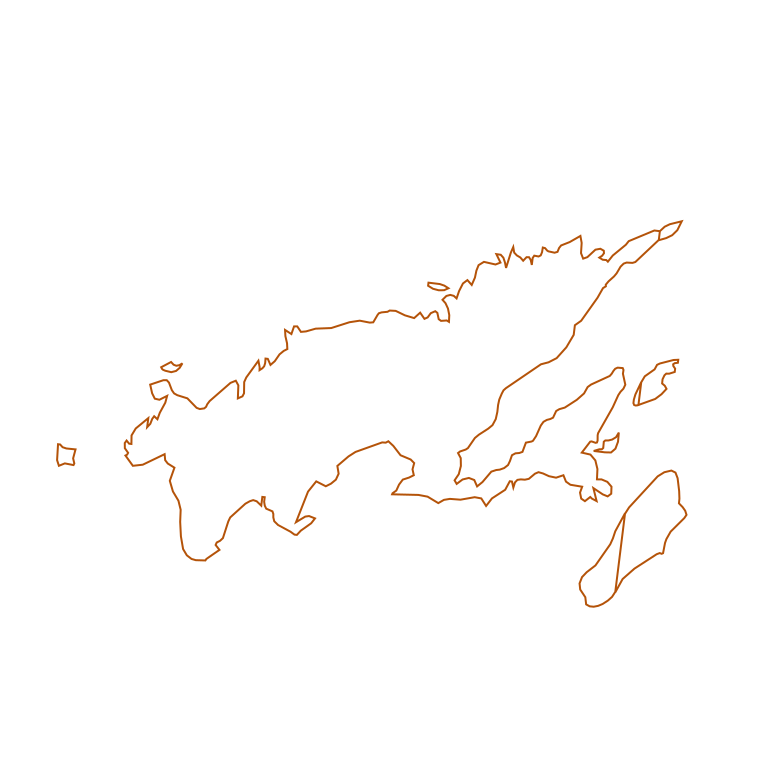 SVG path tracing the border of Northern, rotated 7°
{"feature_id": "FJI-2619", "entity_name": "Northern", "entity_type": "Division", "adm_level": 1, "iso_a3": "FJI", "parent_name": "Fiji", "parent_adm1": "", "projection": "equal_earth", "projection_center": [179.45, -16.564], "detail": "fine", "context": "isolated", "style": "outline", "palette": "amber", "viewbox_px": 768, "rotation_deg": 7, "n_neighbors": 0, "source": "natural_earth", "source_scale": "10m", "svg_char_len": 6161}
<svg xmlns="http://www.w3.org/2000/svg" viewBox="0 0 768 768"><g transform="rotate(7 384 384)"><path d="M639.2,207.5L618.6,232.3L615.9,233.5L610.0,233.9L607.2,235.3L604.5,238.7L601.4,245.8L599.2,249.2L594.4,254.7L592.0,258.4L592.3,260.0L589.7,262.1L585.4,272.4L572.0,297.2L566.3,302.4L566.3,312.1L560.5,325.4L552.2,337.3L544.7,342.4L537.4,345.3L505.5,373.3L503.4,375.7L502.1,379.1L500.3,385.4L499.8,390.9L499.9,397.9L499.2,405.2L496.7,411.6L492.9,415.6L484.4,422.7L480.8,426.5L475.1,437.4L473.1,439.1L467.7,441.7L465.9,443.5L469.2,448.2L470.3,456.0L469.2,464.4L465.8,471.0L468.3,474.3L473.6,469.2L479.7,466.9L485.3,468.3L488.9,474.3L493.7,469.3L501.2,457.9L505.9,455.7L509.3,454.9L513.5,452.8L517.0,449.3L518.4,445.1L519.7,439.1L522.9,436.8L526.7,436.0L529.7,434.5L532.0,424.9L537.5,423.1L538.8,422.2L541.3,417.2L544.7,406.1L546.9,402.1L550.0,399.8L553.3,398.5L555.9,396.8L558.2,389.8L561.1,387.6L566.3,385.4L577.3,376.2L583.7,369.0L586.5,362.2L589.6,359.3L607.1,348.5L608.8,346.0L610.1,343.1L611.6,340.7L613.9,339.3L619.0,339.1L620.0,340.9L619.9,344.7L623.6,355.3L622.2,359.5L619.7,362.9L617.9,366.5L613.9,379.2L602.5,406.7L602.3,408.8L602.9,414.1L602.5,416.1L601.2,416.6L597.1,415.7L595.7,416.1L588.7,428.0L597.5,428.9L603.1,434.1L606.2,442.4L607.0,452.7L611.6,452.2L617.6,453.9L622.3,458.2L622.9,465.2L619.7,468.3L614.6,466.9L604.5,461.8L609.3,474.3L604.3,472.4L602.5,471.0L597.7,475.8L593.7,473.7L591.8,467.9L593.2,461.8L581.3,461.3L576.5,458.7L573.2,452.7L566.2,456.0L559.0,455.4L552.7,453.4L548.1,452.7L544.8,454.6L539.3,460.5L535.5,461.8L531.4,462.0L528.1,462.9L526.0,465.7L525.0,471.0L522.9,465.2L520.7,465.2L517.2,474.2L505.1,484.4L500.2,492.6L494.5,485.7L487.8,485.3L474.0,489.5L463.4,490.0L457.6,491.7L452.4,495.6L441.0,490.5L431.7,489.9L405.5,492.5L405.8,491.4L409.2,488.3L411.2,482.0L414.3,476.6L420.3,473.8L424.7,470.9L422.7,465.2L423.6,458.8L419.7,455.7L409.1,452.7L400.8,444.3L395.3,440.3L392.9,442.0L389.3,442.2L364.0,454.9L357.6,460.2L347.7,471.0L349.9,478.6L347.9,484.8L343.5,489.4L338.7,492.6L328.6,488.9L321.7,500.1L313.5,531.9L322.0,525.2L325.7,524.2L331.9,525.8L328.7,531.1L319.3,539.7L315.9,544.4L313.5,544.4L309.2,542.0L296.1,536.9L291.8,533.6L290.4,529.9L290.0,526.5L288.8,524.0L282.3,522.1L280.5,519.3L279.4,515.5L279.4,510.9L277.0,510.9L277.0,519.7L271.9,515.9L268.3,515.2L265.1,516.7L261.0,519.7L247.6,535.2L246.2,539.4L242.9,556.6L240.4,559.6L237.3,561.7L236.5,564.3L240.9,568.7L229.1,579.2L228.2,580.9L218.7,581.8L214.3,581.1L209.2,578.1L204.7,572.3L201.0,560.0L198.5,545.7L197.5,533.6L194.2,524.9L187.6,516.4L183.2,506.2L186.2,492.6L179.1,489.3L176.1,486.3L174.8,480.4L154.4,493.5L144.7,495.8L136.1,486.5L137.6,485.5L138.4,483.5L134.6,479.3L133.9,474.2L135.4,471.5L138.3,474.3L140.6,474.3L139.7,465.8L143.0,458.4L154.2,446.6L154.2,455.7L156.9,452.0L158.2,446.9L159.8,444.0L163.4,446.6L165.0,439.8L169.2,429.2L170.2,422.2L163.0,427.0L158.3,426.5L155.0,421.5L152.0,413.1L164.6,407.1L167.9,406.7L170.4,408.8L174.2,416.0L176.8,418.9L180.2,420.3L190.6,422.2L200.9,430.5L204.2,431.3L208.6,430.1L210.2,428.3L211.0,425.7L213.0,422.2L231.5,401.6L236.5,398.8L239.6,403.1L240.7,416.1L245.0,413.5L246.2,410.3L245.0,399.1L246.5,394.3L256.5,376.2L258.5,382.4L258.8,385.4L261.4,383.2L262.9,381.0L263.5,377.8L263.3,373.2L265.6,373.2L269.0,378.9L272.8,374.7L276.7,367.3L280.4,363.4L283.8,361.1L282.8,355.4L280.3,348.5L279.2,342.4L286.0,345.7L287.7,337.8L290.9,337.4L295.2,342.4L300.2,341.3L309.4,337.4L324.8,334.9L342.2,326.9L352.2,324.1L362.4,324.8L365.8,324.1L369.2,316.2L370.3,314.4L372.9,313.2L378.7,311.9L380.7,310.4L386.7,310.0L396.4,313.3L405.9,314.9L411.2,308.8L416.2,314.4L419.2,312.6L421.8,308.0L426.0,305.5L428.3,306.9L430.4,313.0L432.9,314.4L438.5,313.3L440.9,314.4L440.4,307.7L438.3,301.3L435.2,296.3L431.8,293.3L435.2,289.0L438.9,287.5L442.5,288.0L445.6,290.2L447.2,282.6L450.1,274.6L454.1,270.7L459.0,275.0L461.3,267.3L461.9,260.2L463.4,254.5L468.3,250.6L480.1,251.8L484.8,249.3L479.7,241.4L484.1,241.5L487.1,244.1L489.2,248.5L491.0,253.9L493.9,238.1L495.6,232.3L497.2,237.7L500.2,240.2L503.9,241.8L507.1,244.7L510.0,240.8L512.5,240.5L514.5,243.0L516.2,247.8L516.2,240.8L517.5,238.3L521.9,238.6L523.9,237.2L524.8,233.9L525.0,229.2L527.3,229.5L529.7,231.7L531.0,232.3L537.3,232.9L540.1,231.7L541.2,227.7L542.9,224.9L551.0,220.5L560.9,213.1L563.0,219.9L563.6,230.1L566.4,235.3L570.4,233.3L577.5,224.9L582.3,223.4L585.9,224.9L586.4,227.4L584.9,230.1L582.3,232.3L585.9,234.0L589.6,233.9L591.3,235.3L595.4,228.6L607.1,216.3L609.5,212.4L633.6,198.7L639.2,198.7L639.2,207.5ZM639.0,483.5L642.3,476.6L666.9,442.3L673.0,437.4L679.8,434.9L684.1,436.4L686.9,441.7L690.0,454.3L691.2,461.8L691.3,466.5L695.4,469.8L698.4,473.1L700.2,477.0L698.4,480.5L686.5,495.6L683.2,503.5L682.3,507.5L681.6,517.9L680.3,518.7L678.3,518.2L675.4,519.7L655.1,536.7L644.6,548.5L638.9,562.7L639.0,483.5ZM638.9,562.1L636.3,567.5L632.6,571.7L627.8,575.7L623.6,578.1L619.3,579.5L615.2,579.6L611.5,578.1L609.8,571.1L603.8,564.1L602.4,558.1L604.1,551.5L608.1,546.1L616.0,538.3L628.1,515.5L630.0,509.4L631.5,502.0L639.0,482.9L638.9,562.1ZM639.1,351.0L641.9,344.6L650.8,336.5L652.7,331.7L655.4,330.0L668.4,324.9L673.1,324.1L673.1,327.1L670.0,327.9L668.6,329.2L669.0,330.9L671.1,333.3L671.1,336.6L665.8,339.0L662.9,339.3L661.3,341.2L659.9,345.4L660.0,349.6L662.9,351.5L665.0,354.4L660.7,360.3L655.0,365.8L639.1,373.8L639.1,351.0ZM85.8,486.5L84.5,495.7L86.3,500.6L85.7,502.3L76.9,501.7L71.3,504.8L68.8,499.4L67.8,483.5L69.9,483.5L72.7,485.9L76.6,486.7L85.8,486.5ZM639.2,198.7L643.4,193.7L648.2,190.6L659.7,186.2L656.4,195.6L651.9,201.2L646.3,204.8L639.2,207.8L639.2,198.7ZM611.6,424.9L600.3,424.9L605.8,422.5L608.2,422.2L609.4,420.8L609.2,414.5L610.5,413.1L613.6,412.7L617.3,411.3L620.8,408.5L623.0,403.6L623.3,412.8L621.6,420.0L617.7,424.3L611.6,424.9ZM170.0,388.1L172.8,390.5L175.6,391.2L178.5,390.3L181.4,388.1L179.2,392.9L176.0,396.4L171.4,398.2L165.3,397.5L162.9,396.8L161.9,396.1L160.8,394.5L170.0,388.1ZM427.2,278.0L431.9,279.0L436.3,281.1L432.2,283.6L426.8,284.3L421.0,283.5L415.8,281.1L415.8,278.0L427.2,278.0ZM639.1,373.9L636.6,374.7L634.9,374.4L633.9,372.6L633.9,369.0L634.8,363.7L639.1,350.8L639.1,373.9Z" fill="none" stroke="#b45309" stroke-width="2"/></g></svg>